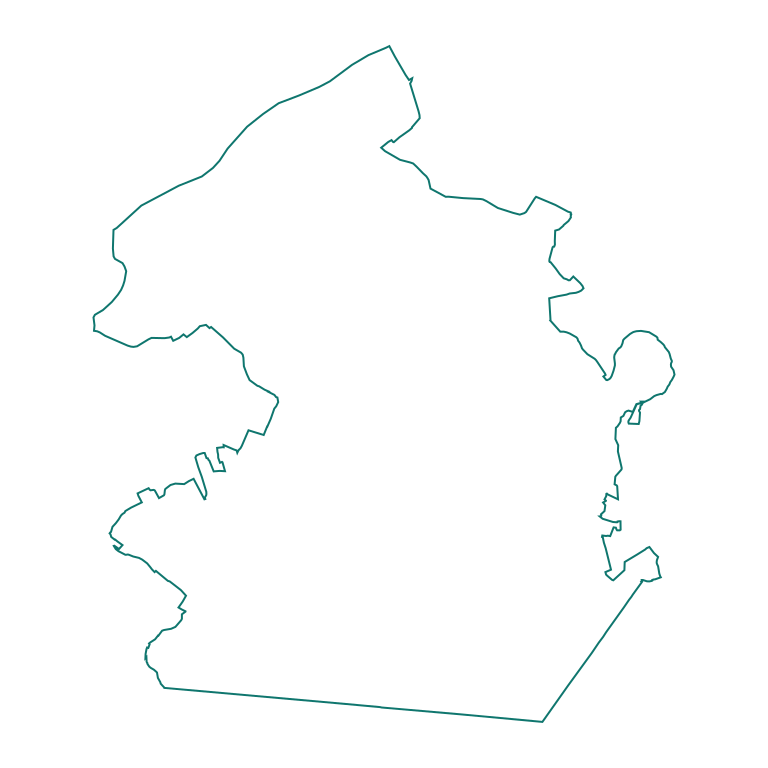 the district of Lipnita, Constanta, Romania
{"feature_id": "2599482B13540904206543", "entity_name": "Lipnita", "entity_type": "district", "adm_level": 2, "iso_a3": "ROU", "parent_name": "Romania", "parent_adm1": "Constanta", "projection": "robinson", "projection_center": [27.564, 44.098], "detail": "fine", "context": "isolated", "style": "outline", "palette": "teal", "viewbox_px": 768, "rotation_deg": 0, "n_neighbors": 0, "source": "geoboundaries", "source_scale": "gbopen_adm2", "svg_char_len": 6083}
<svg xmlns="http://www.w3.org/2000/svg" viewBox="0 0 768 768"><path d="M389.3,46.1L385.9,47.8L368.5,55.1L352.1,64.8L329.9,81.3L319.3,86.9L299.0,95.5L278.7,103.2L263.2,113.9L247.1,126.7L227.6,148.6L219.5,160.8L213.0,167.9L201.8,176.5L178.8,185.7L141.3,205.6L116.7,228.0L113.5,229.9L112.9,248.5L113.6,256.4L115.0,258.9L122.5,263.1L124.5,266.5L126.2,271.2L124.5,280.9L123.1,285.4L121.1,289.9L117.9,294.7L111.8,302.0L103.0,310.0L94.9,314.8L93.5,317.4L94.5,325.4L94.0,330.8L97.2,331.3L99.8,332.4L105.1,335.8L127.6,345.6L130.9,346.6L133.5,346.9L137.1,346.3L148.4,339.4L151.5,337.9L161.2,338.1L165.0,338.1L169.3,337.5L171.0,336.7L173.2,340.8L179.2,337.9L183.5,334.4L186.8,337.1L192.5,333.0L197.8,328.5L199.8,326.2L206.0,324.9L209.5,328.1L211.1,327.0L223.0,337.4L234.2,348.7L241.1,352.7L242.7,354.6L243.4,357.7L243.9,366.3L246.9,374.3L249.6,380.1L257.4,385.8L259.1,386.3L264.6,389.7L268.7,391.5L268.3,391.8L274.4,394.9L276.1,397.1L277.4,397.5L278.2,402.1L276.2,406.3L274.3,408.6L270.8,418.7L267.3,426.7L267.1,426.6L263.7,435.0L248.5,430.3L241.8,445.9L240.4,448.4L239.0,449.7L238.2,450.9L237.3,452.8L236.6,450.4L233.9,449.5L223.6,445.0L223.7,447.3L222.7,447.2L217.1,447.9L217.5,451.9L218.1,454.5L218.2,457.8L220.0,462.8L222.0,461.9L222.5,462.3L225.0,471.2L219.6,470.9L213.7,471.4L209.4,460.7L208.5,459.9L207.8,458.3L206.5,458.1L204.7,453.0L203.2,453.0L199.5,454.1L196.4,455.5L195.4,457.5L198.3,467.3L201.8,476.9L206.3,491.8L206.4,494.0L206.2,495.2L204.8,497.7L205.3,499.0L204.4,499.3L193.6,478.8L188.9,481.1L184.2,484.1L175.3,483.6L170.5,485.0L165.4,488.9L164.9,490.1L164.4,494.4L163.9,495.3L159.0,498.1L155.0,490.8L154.5,490.2L153.5,489.9L150.5,490.3L149.7,489.7L148.6,488.2L137.6,493.4L138.4,495.9L141.8,502.4L131.1,507.6L125.4,511.0L124.5,512.7L122.5,514.0L121.0,515.5L118.7,519.4L115.9,523.1L112.5,526.8L111.0,531.9L110.1,532.6L109.6,533.4L110.5,534.3L111.2,536.9L114.6,539.6L114.8,539.4L115.2,539.6L117.5,541.5L122.5,545.1L119.0,549.0L114.3,545.7L113.8,545.9L115.8,549.1L118.5,551.2L125.2,554.7L125.8,554.8L127.9,554.5L129.0,554.8L133.2,556.5L139.0,557.9L142.2,559.6L147.2,563.4L150.4,567.3L151.9,569.3L154.6,572.1L155.9,570.9L167.9,580.9L169.7,581.4L180.9,590.1L186.0,595.7L182.6,601.7L178.5,607.5L181.8,609.5L185.5,611.3L185.5,611.6L181.9,614.3L181.9,618.8L181.2,620.2L175.4,626.9L171.1,628.8L164.1,630.0L162.1,630.7L158.4,635.7L158.1,635.5L155.1,639.3L150.3,642.4L149.0,643.5L149.6,644.4L148.3,647.9L147.1,647.5L146.5,649.1L145.6,653.9L145.4,658.2L146.4,657.1L146.6,661.7L147.0,662.7L147.3,662.9L147.5,664.0L149.3,666.7L150.8,667.9L153.9,669.7L156.5,672.0L157.0,672.6L157.9,677.9L160.3,682.2L160.7,683.7L164.2,687.5L164.3,687.9L345.9,704.0L380.0,707.1L381.7,707.5L460.2,714.3L542.4,721.9L568.2,685.4L591.9,652.8L598.8,642.6L603.1,636.9L606.2,632.1L623.8,607.5L629.0,599.9L631.4,596.8L632.8,594.6L642.0,581.9L641.3,581.4L642.0,580.8L641.8,580.0L642.9,580.0L646.9,581.3L649.3,581.4L651.8,580.9L652.4,580.5L652.3,579.9L654.0,579.4L654.9,579.4L660.8,577.3L660.1,576.0L659.3,573.6L658.1,566.3L657.1,564.2L656.7,563.0L656.7,561.8L656.9,560.2L658.1,556.9L654.0,553.1L649.4,547.0L646.6,548.2L645.2,549.5L637.2,554.5L624.7,562.0L624.4,570.2L613.3,580.3L612.1,579.9L607.2,575.7L606.1,574.6L605.4,572.1L611.0,569.7L605.7,548.3L603.9,542.7L602.8,537.4L602.0,537.0L602.3,535.5L606.1,536.0L607.8,535.7L610.2,536.1L613.6,527.4L615.9,527.7L616.5,529.5L617.1,530.3L619.8,530.3L620.6,529.7L620.5,521.3L619.2,521.2L617.5,521.5L617.4,522.2L616.8,522.3L613.0,522.0L602.7,518.8L599.7,516.4L600.7,516.3L601.2,515.8L601.3,515.2L601.0,514.3L604.5,511.1L605.3,505.3L603.1,502.5L605.8,501.0L605.9,500.6L604.5,499.4L606.2,496.2L606.4,493.8L606.9,493.6L607.9,494.5L618.0,499.3L617.2,486.2L616.7,485.4L614.6,484.3L615.3,476.8L615.9,475.8L621.3,469.7L621.6,469.1L621.7,468.0L617.9,451.4L618.2,445.2L615.4,439.1L615.9,427.8L617.5,426.4L619.9,422.9L620.6,421.3L620.8,417.5L623.4,415.9L625.1,412.3L626.7,411.2L628.5,410.6L632.8,411.9L636.4,404.1L640.2,403.1L641.1,402.4L641.2,402.0L640.9,401.6L642.4,401.6L640.7,403.2L636.9,404.2L636.5,404.7L630.6,417.7L628.7,420.5L628.4,421.3L628.4,422.4L628.8,423.6L638.7,424.0L639.4,421.2L640.0,412.6L639.0,410.8L639.2,409.8L640.0,409.1L640.6,405.6L641.7,404.9L642.9,402.7L650.2,399.2L654.2,396.1L656.5,395.1L660.8,393.9L662.0,394.1L664.9,392.0L666.8,388.7L667.7,386.6L669.3,384.6L670.3,382.1L671.9,379.9L673.7,376.5L674.5,374.6L673.5,370.2L671.1,366.7L670.9,364.6L671.1,363.2L671.8,361.8L671.8,360.8L670.8,358.6L669.6,354.0L668.8,352.0L664.9,347.2L664.3,345.7L663.4,344.5L660.7,342.0L657.7,339.7L657.4,337.7L656.5,336.7L649.1,332.2L641.0,330.9L636.5,331.2L634.1,331.8L632.8,332.3L630.0,334.0L624.4,338.7L623.2,340.1L622.5,343.3L621.3,346.2L620.4,347.4L618.7,348.5L615.9,352.3L615.2,353.9L614.7,354.4L614.3,356.3L614.2,357.7L614.9,363.4L614.9,365.4L613.5,370.8L611.7,375.9L610.7,377.7L609.5,379.0L607.3,380.1L606.3,380.0L603.4,376.5L605.6,374.9L605.0,373.5L597.5,362.2L596.0,360.1L594.7,358.8L587.4,354.2L582.9,349.5L582.0,348.3L581.0,345.5L579.5,342.5L578.1,340.7L577.5,338.6L576.4,337.3L569.7,333.5L566.6,332.3L563.9,331.7L560.3,331.7L550.2,320.4L550.5,320.1L549.2,298.3L557.9,296.2L566.6,294.6L569.7,293.5L575.9,292.8L578.6,291.9L581.2,290.6L583.5,288.3L582.5,286.0L580.2,283.1L573.3,276.5L569.9,280.2L568.6,280.3L566.8,279.3L563.7,278.3L559.7,274.1L555.7,268.5L550.6,262.2L549.7,262.0L549.3,261.1L549.5,258.9L552.6,247.3L553.2,246.7L554.2,246.6L554.9,244.7L554.8,241.1L555.2,230.6L559.0,229.5L563.3,225.8L563.7,225.0L568.4,221.1L570.9,217.4L570.7,216.1L571.2,214.5L570.7,214.3L570.9,213.2L570.7,212.5L568.0,211.7L555.5,205.0L536.1,196.8L534.8,198.3L526.1,211.9L524.4,213.1L519.8,214.6L513.2,212.9L497.9,208.0L486.2,201.0L482.9,199.4L480.6,199.0L463.0,198.1L448.5,196.7L445.7,196.8L430.5,188.6L428.6,180.0L427.4,177.9L426.3,176.3L423.0,173.3L416.8,166.9L413.2,163.5L410.3,162.5L400.0,159.8L385.1,151.2L381.2,147.7L388.2,142.0L391.5,140.1L393.1,142.0L393.8,142.2L399.5,137.2L409.4,130.2L412.0,127.9L412.0,127.2L419.7,118.2L419.5,115.1L418.6,111.4L410.1,83.6L411.6,80.9L412.2,78.2L409.0,80.0L405.6,75.0L394.9,56.6L389.3,46.1Z" fill="none" stroke="#0f766e" stroke-width="2"/></svg>